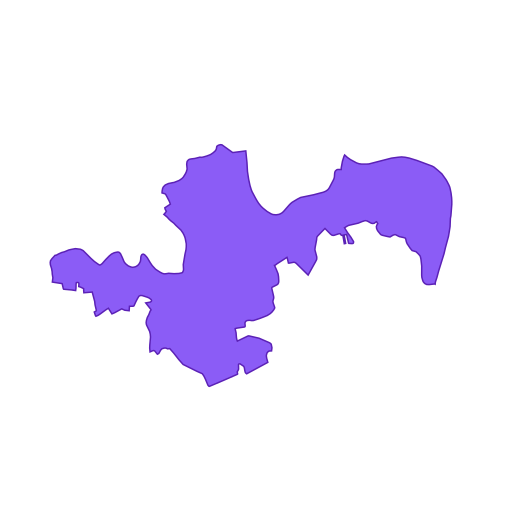 My Loc, Nam Định, Vietnam, rotated 347°
{"feature_id": "81297802B55456276640785", "entity_name": "My Loc", "entity_type": "district", "adm_level": 2, "iso_a3": "VNM", "parent_name": "Vietnam", "parent_adm1": "Nam Định", "projection": "natural_earth1", "projection_center": [106.125, 20.455], "detail": "fine", "context": "isolated", "style": "filled", "palette": "violet", "viewbox_px": 512, "rotation_deg": 347, "n_neighbors": 0, "source": "geoboundaries", "source_scale": "gbopen_adm2", "svg_char_len": 6118}
<svg xmlns="http://www.w3.org/2000/svg" viewBox="0 0 512 512"><g transform="rotate(347 256 256)"><path d="M51.7,235.6L60.9,239.3L60.9,244.5L61.1,245.1L68.7,247.6L72.5,249.1L73.3,247.0L74.4,242.8L74.9,241.6L75.7,241.5L76.9,241.9L77.2,242.4L77.2,243.2L76.4,245.9L78.1,246.9L80.7,249.0L80.3,251.1L80.0,253.1L88.3,254.3L88.6,264.0L88.2,267.3L88.2,273.0L88.0,273.4L87.5,273.7L85.8,274.2L86.1,277.5L86.3,278.4L86.5,278.7L88.8,278.3L91.0,277.5L97.5,274.7L100.4,273.7L102.6,280.0L105.4,279.5L113.3,277.3L115.9,279.3L120.1,280.8L121.4,276.5L124.3,277.2L125.3,277.3L125.9,277.1L128.5,273.7L130.7,271.1L132.6,269.1L133.2,268.7L134.5,268.5L136.1,268.9L140.5,271.5L142.2,272.7L143.2,273.8L144.1,275.0L144.2,276.0L143.9,276.5L142.8,277.1L142.2,277.1L138.0,276.9L141.3,283.9L141.6,284.5L141.5,285.0L140.4,286.0L138.4,289.0L136.3,291.4L134.8,294.0L134.0,296.1L133.8,297.9L133.9,298.9L135.4,305.6L135.4,308.3L135.0,311.2L132.5,318.9L131.7,321.8L131.2,325.6L133.9,325.1L135.0,325.1L135.6,325.4L136.0,325.8L137.8,329.5L138.8,329.3L139.5,329.0L141.9,326.3L143.6,325.2L146.0,325.1L147.4,325.4L149.0,326.6L151.1,326.8L153.9,331.9L157.5,339.6L160.6,345.3L172.4,355.0L177.2,358.6L178.2,361.2L179.0,364.6L180.1,371.1L180.8,372.3L181.1,372.5L181.5,372.5L195.7,370.0L211.1,367.1L211.5,366.9L211.6,366.5L211.6,365.0L211.7,364.6L212.9,363.3L213.6,362.3L214.5,357.9L214.7,357.6L215.3,357.3L216.2,357.5L219.2,360.7L219.5,362.1L219.3,365.5L219.4,367.2L219.7,367.8L220.4,368.7L243.6,362.3L243.4,358.2L243.6,355.6L243.9,354.8L244.7,353.3L245.2,352.7L246.7,351.7L247.9,351.6L249.8,352.0L250.9,349.0L251.0,345.4L250.7,344.8L250.2,344.1L249.3,343.3L240.5,336.8L231.5,332.4L230.5,332.1L229.8,332.2L218.7,334.7L218.5,332.8L218.6,331.0L219.3,326.3L219.3,322.7L219.4,322.0L221.5,322.0L228.8,322.6L229.2,322.5L229.7,321.9L230.1,319.1L230.5,318.1L231.8,317.1L232.4,316.9L234.1,317.0L235.6,317.3L237.3,318.0L239.2,318.3L245.6,317.7L249.8,317.1L253.6,316.5L257.0,315.3L259.1,314.1L261.2,312.4L262.2,311.3L262.6,310.7L262.6,309.8L262.2,306.0L262.2,304.4L262.4,303.6L263.8,301.0L264.0,300.1L264.1,299.1L264.1,290.9L264.2,290.5L264.6,290.1L269.9,288.8L271.0,288.3L271.9,287.2L272.3,286.4L272.6,285.3L273.3,281.3L273.5,278.3L272.8,273.8L271.9,269.3L272.6,269.3L275.0,268.2L285.9,264.3L286.0,265.0L286.0,270.2L286.7,270.4L291.5,270.6L292.7,271.2L293.6,272.3L302.5,286.3L312.7,275.0L314.3,273.1L314.8,271.6L315.0,270.4L314.8,263.3L315.5,261.1L318.7,253.8L319.3,251.9L319.6,251.3L320.4,250.5L326.4,246.6L329.4,244.7L333.5,251.4L334.7,252.8L335.8,253.3L336.9,253.4L341.5,253.0L342.7,253.1L343.0,253.2L343.7,254.8L344.2,255.2L345.3,255.3L344.8,263.9L346.2,263.9L346.6,255.3L349.1,255.4L349.1,264.3L349.3,264.6L352.2,265.5L353.2,265.6L353.7,265.4L354.0,265.0L354.3,263.9L352.7,259.0L350.4,253.7L348.6,248.4L351.2,247.5L353.1,247.0L362.9,247.0L367.3,246.3L369.8,246.1L370.7,246.2L372.2,246.9L375.7,250.0L377.1,250.6L378.5,250.7L380.9,249.7L381.2,249.7L381.9,251.9L380.9,252.8L379.9,254.4L379.7,256.4L380.1,258.4L380.4,259.2L382.2,262.9L382.7,263.5L383.7,264.2L388.3,266.5L390.6,267.5L390.9,267.6L394.3,266.5L396.3,266.4L397.1,266.9L399.2,268.7L400.1,269.4L404.3,271.4L405.5,272.2L405.7,272.9L405.7,275.9L406.0,278.0L408.0,283.2L409.3,285.8L412.9,287.8L414.6,290.4L415.8,292.6L416.0,293.7L416.0,296.1L415.2,303.1L413.1,312.0L412.8,314.2L412.9,316.8L413.1,318.5L413.6,319.7L414.3,320.8L415.8,322.1L418.2,322.8L423.7,323.4L424.2,323.8L424.9,321.8L427.4,317.7L430.6,311.7L439.7,296.1L442.5,290.4L448.0,280.1L449.7,276.0L451.7,271.0L453.8,263.3L455.0,260.5L458.4,249.7L459.1,246.7L459.7,243.3L460.2,238.5L460.3,235.1L460.3,232.5L459.9,230.2L458.9,226.2L458.3,224.3L455.6,217.8L452.6,213.6L449.5,209.5L447.8,208.0L434.3,199.1L427.4,195.1L423.7,193.4L420.1,192.2L416.3,191.7L410.0,191.1L386.7,191.7L384.4,191.3L379.6,190.2L377.2,189.3L374.9,187.9L369.7,183.3L367.2,180.5L365.1,177.5L364.2,178.6L361.6,183.0L358.9,189.2L358.5,190.9L355.2,190.1L354.3,190.1L353.6,190.4L352.5,191.0L351.7,192.0L351.2,193.2L350.2,196.5L349.5,198.0L348.3,199.6L342.8,206.0L341.3,207.3L340.2,207.9L338.3,208.6L335.9,209.0L332.2,209.1L326.0,209.3L312.6,209.0L309.1,209.9L303.3,211.8L301.5,212.7L299.8,213.8L293.0,218.7L291.3,219.7L289.5,220.3L287.8,220.6L284.8,220.4L281.8,219.4L280.3,218.4L276.9,215.2L273.6,211.0L272.1,208.7L270.4,205.2L269.5,202.7L268.5,199.4L266.6,192.3L266.3,190.2L266.0,185.9L266.1,179.7L266.5,174.3L266.7,171.7L268.2,163.0L269.7,151.3L257.8,150.1L256.5,149.9L247.8,140.0L246.3,139.5L244.2,139.6L242.5,140.3L241.5,142.6L241.1,143.3L239.8,144.5L237.4,145.8L234.9,146.8L233.5,147.1L230.3,147.5L226.7,147.7L225.1,147.6L223.6,147.1L218.4,147.2L214.4,146.8L212.7,146.8L211.7,147.2L210.2,148.3L209.9,148.9L209.1,151.0L208.5,155.4L208.3,156.1L207.7,157.1L207.0,158.4L205.6,160.1L202.8,162.9L201.2,163.9L198.1,165.1L192.7,165.9L191.7,165.8L186.9,165.7L183.9,166.3L183.1,166.6L181.8,167.5L181.1,168.0L180.2,169.2L179.2,171.4L178.6,173.4L180.9,174.7L181.6,175.2L181.9,175.8L182.6,178.3L183.9,183.5L184.2,186.2L178.0,188.5L178.0,190.0L178.7,192.3L176.6,194.1L175.6,194.7L178.3,198.3L179.6,200.7L181.0,202.7L183.3,205.5L184.8,208.1L188.7,213.9L190.0,217.2L190.5,219.1L190.9,221.5L191.0,223.1L190.8,228.4L190.1,231.4L189.2,234.1L187.2,238.3L183.2,248.0L182.4,252.6L182.0,253.8L180.8,255.4L180.2,255.7L177.1,255.7L172.2,254.8L167.0,253.2L164.1,253.0L162.4,252.7L160.8,251.8L158.8,250.1L155.8,247.0L155.1,246.2L152.7,242.0L151.4,238.6L149.8,233.6L149.1,232.0L147.8,229.8L146.9,229.0L146.5,228.8L145.7,228.8L145.1,229.0L144.3,229.8L143.6,231.0L142.8,233.6L142.1,235.3L140.4,237.3L138.6,238.6L136.5,239.3L135.2,239.4L133.3,239.3L131.9,238.7L129.4,237.0L127.8,235.0L127.1,234.0L126.3,232.3L126.1,231.6L125.4,227.4L124.5,223.3L123.9,222.2L123.3,221.5L122.7,221.2L122.0,221.0L119.4,220.9L118.2,221.0L115.7,221.6L113.1,222.9L108.7,225.7L104.4,228.8L102.6,229.6L101.8,229.6L101.4,229.5L100.1,228.2L97.3,225.0L94.7,221.3L88.9,212.0L87.6,210.8L86.4,209.9L81.7,208.2L77.2,208.0L75.0,208.0L70.2,208.8L67.4,208.9L63.9,209.6L61.5,210.3L60.4,210.1L56.6,212.7L54.7,214.4L54.0,216.1L53.7,218.3L54.0,222.4L53.8,225.6L53.4,227.9L53.2,231.5L51.7,235.6Z" fill="#8b5cf6" stroke="#5b21b6" stroke-width="1.5"/></g></svg>